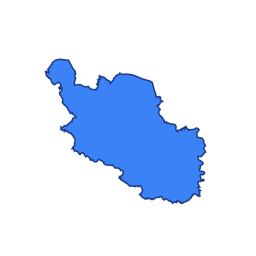 Chinicuila, Michoacán, Mexico, rotated 146°
{"feature_id": "50627088B20699508066130", "entity_name": "Chinicuila", "entity_type": "district", "adm_level": 2, "iso_a3": "MEX", "parent_name": "Mexico", "parent_adm1": "Michoacán", "projection": "robinson", "projection_center": [-103.39, 18.747], "detail": "fine", "context": "isolated", "style": "filled", "palette": "blue", "viewbox_px": 256, "rotation_deg": 146, "n_neighbors": 0, "source": "geoboundaries", "source_scale": "gbopen_adm2", "svg_char_len": 5824}
<svg xmlns="http://www.w3.org/2000/svg" viewBox="0 0 256 256"><g transform="rotate(146 128 128)"><path d="M72.3,78.2L75.7,81.6L74.1,85.1L70.1,86.7L70.2,88.0L70.5,88.8L71.1,89.2L71.5,89.9L74.0,89.9L77.7,92.0L78.4,91.7L79.0,92.3L79.8,91.9L79.1,92.5L78.9,93.3L79.0,94.4L79.4,95.1L79.3,96.3L79.1,96.6L79.6,97.2L80.7,96.5L81.1,96.8L81.5,95.4L82.1,94.7L81.8,95.7L82.0,95.8L82.2,97.0L82.4,97.1L83.3,97.0L83.5,97.4L84.0,97.3L84.7,96.2L85.2,97.3L87.7,97.8L88.3,98.2L88.7,98.2L88.4,97.5L88.5,97.1L89.0,97.5L89.5,98.5L88.6,101.1L87.4,102.0L87.4,103.5L86.9,103.9L87.9,105.5L89.1,106.2L89.6,107.0L90.9,107.9L91.4,109.3L92.9,109.8L93.1,110.4L92.6,111.2L92.7,111.7L93.7,111.6L94.8,112.5L94.5,113.3L93.9,113.5L93.8,115.6L94.1,116.6L93.6,117.3L93.6,118.1L94.6,120.8L94.3,123.1L92.8,124.9L92.2,125.3L91.1,125.2L90.9,125.7L91.3,127.5L91.1,128.6L91.3,129.7L92.2,130.3L91.5,130.1L90.5,130.5L90.2,130.1L89.3,129.6L87.6,130.7L86.0,131.1L84.4,130.8L85.2,132.4L85.3,133.3L85.0,134.3L84.2,134.4L84.0,135.9L84.4,136.6L87.5,137.7L86.4,139.6L84.8,145.6L82.6,151.6L82.5,152.2L83.4,154.4L88.8,160.9L93.9,168.7L96.2,171.1L98.9,173.3L103.0,175.8L104.1,178.1L105.3,177.4L106.7,177.9L109.0,178.0L109.3,177.6L112.0,177.2L112.8,176.3L117.7,174.8L117.3,175.6L117.1,177.4L118.2,178.8L118.2,179.4L118.8,179.6L118.8,181.6L119.9,184.0L120.8,184.0L121.5,186.0L122.4,186.2L122.6,187.2L123.4,186.4L123.1,185.8L123.2,185.3L124.3,185.1L124.0,183.9L124.5,184.2L125.3,184.1L126.0,184.6L125.9,183.5L126.2,182.9L127.0,183.4L127.5,183.0L127.3,182.1L127.5,181.5L128.5,181.3L128.8,181.8L129.4,181.8L129.4,180.8L128.9,180.0L129.4,179.1L130.2,179.0L131.8,178.1L132.2,178.4L132.5,177.9L133.5,177.5L134.2,178.5L135.0,178.8L135.9,180.1L136.9,180.7L137.7,183.8L137.8,184.8L139.6,185.4L140.6,186.2L141.8,187.7L143.0,190.2L144.2,191.3L148.2,193.2L147.8,193.5L147.5,195.4L143.5,198.6L142.8,201.7L142.4,202.2L141.5,202.0L141.0,202.2L140.6,203.9L140.0,204.8L140.3,205.8L140.4,208.6L139.4,217.4L142.6,220.0L144.9,222.2L147.1,223.6L150.3,224.8L154.6,224.4L155.5,223.3L156.2,223.4L157.0,222.9L158.7,222.6L160.5,221.5L160.8,221.7L161.9,221.2L162.0,218.7L162.5,217.9L162.9,218.1L163.0,219.0L163.6,219.2L164.1,220.8L164.9,220.8L164.8,220.3L165.1,220.0L166.3,217.0L166.2,216.1L165.7,215.4L166.0,215.0L165.8,213.6L165.1,213.4L165.1,211.9L164.8,211.6L165.6,208.6L165.7,207.2L164.9,205.1L160.4,204.9L159.7,204.6L159.7,203.5L159.2,202.4L160.2,200.7L159.8,200.5L159.9,200.0L162.8,200.0L163.0,198.2L160.6,198.4L160.2,197.8L161.8,196.4L164.0,195.6L164.8,195.8L165.1,194.9L165.6,194.5L165.9,193.8L165.5,192.6L166.0,190.2L165.8,189.0L166.6,187.3L168.0,186.0L167.8,185.8L168.2,185.0L167.8,183.9L168.1,183.2L167.7,182.0L167.4,182.0L167.0,179.9L167.2,179.6L167.0,179.1L167.5,176.1L167.2,175.1L167.5,174.3L167.0,173.5L167.4,173.3L167.2,172.6L167.5,172.3L167.0,172.2L166.2,171.3L165.7,171.5L166.0,170.8L165.8,169.8L165.2,168.2L165.3,167.0L164.9,166.1L168.3,166.8L169.0,166.5L170.3,165.0L170.6,165.4L171.0,165.1L173.8,164.9L174.3,164.5L175.6,164.9L176.3,164.4L177.3,164.2L177.9,164.7L178.4,164.3L179.6,165.5L182.2,164.7L182.5,165.6L183.0,165.5L183.2,166.0L183.5,165.2L184.4,164.7L183.7,162.6L183.4,162.5L182.9,161.7L182.3,161.7L182.3,161.3L181.8,161.1L181.2,161.6L181.1,161.2L181.6,160.8L180.9,160.9L181.0,160.4L180.6,159.4L179.9,158.9L180.1,158.6L179.3,156.4L178.1,155.8L178.2,153.5L177.8,152.6L178.1,151.6L178.1,148.1L180.5,145.3L181.1,145.1L182.2,143.1L184.1,143.0L185.9,142.1L184.6,141.3L185.2,140.3L185.2,138.6L184.1,138.4L182.7,136.0L183.0,135.7L182.8,135.2L183.2,133.7L182.2,132.8L180.9,133.3L179.0,132.6L179.1,128.0L179.6,127.4L178.8,127.8L177.3,127.4L176.6,124.6L176.7,123.5L177.1,123.1L177.0,122.4L176.6,121.9L175.8,121.9L175.7,121.5L175.0,121.2L175.3,120.6L174.7,118.8L173.4,117.9L172.6,117.6L171.8,117.8L171.3,118.3L169.5,118.0L168.2,115.4L167.0,113.7L167.7,113.0L167.9,112.2L167.4,110.8L166.8,109.6L165.8,109.1L164.6,107.7L163.7,107.5L162.4,106.0L161.4,105.9L161.3,104.0L161.0,103.4L161.2,102.3L157.9,99.6L157.8,96.9L157.4,97.0L156.5,95.3L156.4,94.3L158.2,92.4L158.7,92.5L159.3,91.8L162.0,92.5L162.2,91.9L162.5,92.1L162.7,91.7L163.2,91.5L162.5,91.0L163.0,90.7L162.0,89.9L162.8,89.2L162.2,88.1L162.4,87.9L161.7,87.5L161.9,87.1L161.0,85.8L161.2,84.9L160.5,84.4L160.5,83.7L160.0,83.0L160.1,82.6L159.6,82.1L159.2,79.3L158.8,78.5L157.4,78.2L154.8,75.4L153.9,75.6L153.4,75.3L152.6,73.9L151.5,73.4L150.9,73.9L149.9,73.2L149.8,72.0L150.3,70.8L150.3,69.2L150.7,68.2L151.0,68.3L151.7,67.4L153.8,66.7L154.3,66.1L155.5,66.5L155.4,66.0L155.0,65.6L155.3,64.9L155.0,64.0L155.0,62.8L154.2,61.5L153.9,60.3L152.8,59.0L151.9,59.4L151.6,58.6L151.0,58.7L150.5,58.1L149.9,58.0L149.8,57.4L148.8,57.0L148.6,55.8L148.1,55.2L147.4,55.7L146.5,54.7L146.0,55.1L145.5,54.6L144.2,54.7L142.3,54.2L141.1,53.1L139.0,52.8L138.6,52.5L138.3,51.4L138.8,50.8L138.7,48.7L137.6,47.9L136.3,48.3L136.0,48.1L135.0,46.3L135.2,45.4L134.6,44.6L133.9,44.3L134.0,43.6L133.3,43.1L133.1,40.6L131.7,41.0L130.4,40.2L129.2,38.9L128.0,40.3L127.6,40.4L127.0,39.4L126.9,38.3L125.9,37.6L126.4,36.2L126.2,36.0L125.4,36.3L124.9,35.1L122.5,35.1L120.5,34.4L119.8,34.3L119.0,34.6L117.2,34.2L116.0,34.8L114.3,34.9L112.9,36.1L111.7,35.8L110.9,36.7L109.9,36.7L108.7,34.6L108.1,32.8L106.9,31.3L106.5,31.2L106.1,32.0L107.0,32.4L106.8,33.5L104.9,33.9L104.5,34.7L104.7,35.5L104.4,35.8L102.8,35.6L103.6,37.4L103.4,39.4L103.1,39.5L101.5,38.9L101.8,40.2L101.1,41.5L101.1,42.6L100.2,44.1L99.2,44.2L98.0,43.2L94.3,42.0L94.1,42.6L94.5,43.5L95.8,43.7L96.2,44.3L95.0,48.1L93.7,48.9L92.7,47.6L90.5,47.3L89.5,48.0L89.5,48.6L90.3,50.2L90.9,50.5L92.2,51.9L92.4,53.4L92.0,53.8L90.6,54.2L89.1,56.5L87.8,56.1L85.6,56.5L85.4,57.5L85.6,59.0L87.4,62.4L87.0,62.7L86.2,65.1L85.8,65.2L83.6,63.5L82.9,63.4L79.9,64.1L79.2,64.8L77.2,64.6L76.9,65.7L77.0,67.1L76.7,68.8L75.9,69.5L74.2,69.8L73.5,70.2L73.6,73.4L72.3,75.1L72.3,78.2Z" fill="#3b82f6" stroke="#1e3a8a" stroke-width="1.5"/></g></svg>